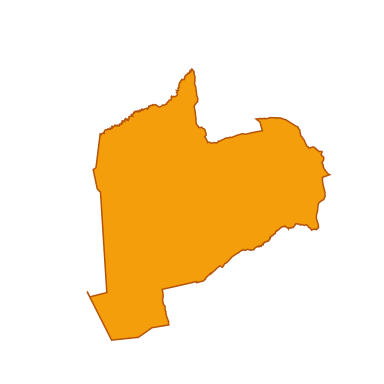 outline of Rosario de la Frontera, Salta, Argentina, rotated 157°
{"feature_id": "61730980B41964155809664", "entity_name": "Rosario de la Frontera", "entity_type": "district", "adm_level": 2, "iso_a3": "ARG", "parent_name": "Argentina", "parent_adm1": "Salta", "projection": "robinson", "projection_center": [-64.783, -25.907], "detail": "fine", "context": "isolated", "style": "filled", "palette": "amber", "viewbox_px": 384, "rotation_deg": 157, "n_neighbors": 0, "source": "geoboundaries", "source_scale": "gbopen_adm2", "svg_char_len": 6005}
<svg xmlns="http://www.w3.org/2000/svg" viewBox="0 0 384 384"><g transform="rotate(157 192 192)"><path d="M96.8,110.1L95.7,110.3L93.1,109.7L92.8,109.4L92.7,108.9L91.8,108.7L91.6,109.3L91.1,109.5L90.7,109.4L89.5,109.7L88.5,112.5L87.9,119.0L86.1,122.9L84.3,124.7L81.5,130.0L79.9,132.2L75.9,133.5L74.2,133.4L72.8,134.3L71.0,136.2L70.4,138.4L69.6,139.9L69.5,141.6L68.0,150.0L66.2,154.5L58.5,154.1L59.4,155.1L59.9,156.2L61.2,161.2L61.2,162.4L61.4,163.6L60.7,165.8L60.7,166.2L61.1,167.3L60.7,168.4L58.9,169.5L57.5,171.4L57.2,172.4L57.3,173.1L58.5,175.1L58.6,175.6L58.3,176.2L56.7,177.8L56.5,178.5L57.1,178.6L58.5,179.5L59.6,179.7L59.7,180.6L60.3,181.5L60.4,182.2L61.1,182.8L60.9,183.6L61.6,184.3L61.7,184.9L62.3,185.8L63.3,186.3L66.8,186.6L67.4,187.0L67.4,188.1L68.4,189.7L68.5,194.7L68.4,196.0L69.0,197.0L69.0,199.2L69.8,200.7L69.5,203.4L68.6,207.2L69.1,208.2L69.2,209.0L69.0,209.9L69.2,210.7L70.6,212.0L77.5,222.0L79.7,223.6L80.1,224.2L82.1,225.9L85.1,226.9L85.0,227.2L91.2,230.0L91.4,229.8L96.3,230.8L96.4,231.5L99.8,232.2L99.8,232.8L104.5,234.1L102.1,229.9L103.3,220.9L113.3,223.1L120.3,224.3L122.4,225.8L123.2,226.1L124.4,226.1L128.2,226.6L134.1,226.7L135.9,227.7L137.3,227.4L139.1,228.4L146.2,228.0L148.0,228.5L148.5,227.9L149.9,227.5L150.9,227.8L152.7,229.0L154.4,229.1L155.4,229.7L156.7,231.2L158.3,231.5L158.1,232.0L158.1,233.8L158.6,238.1L157.5,238.3L156.8,238.7L156.2,240.5L155.8,244.7L157.2,246.4L157.9,248.0L159.0,247.9L160.5,248.7L160.6,250.1L161.4,252.5L161.1,254.6L159.5,258.4L158.4,262.8L157.8,264.2L157.1,267.9L156.5,270.1L153.3,272.3L152.4,272.7L151.6,272.8L150.2,275.8L149.9,279.2L149.0,281.8L147.5,287.7L147.4,290.5L147.0,291.4L146.1,292.7L145.7,294.1L145.2,294.7L144.3,296.7L144.1,298.1L144.1,300.3L143.1,301.4L143.8,304.7L144.3,305.3L144.7,305.0L144.3,304.5L144.4,304.2L144.9,303.9L146.1,304.4L146.0,303.8L146.4,303.1L147.0,303.7L147.9,303.1L148.2,302.8L148.1,302.3L148.6,302.4L149.2,302.9L149.5,302.6L149.9,302.5L150.1,302.1L151.4,302.2L151.9,301.8L152.3,301.8L152.6,301.4L153.5,301.1L153.9,300.2L154.9,299.3L155.2,298.5L155.8,298.5L156.2,298.9L157.5,299.6L158.1,298.9L158.7,298.9L159.0,298.3L159.7,298.0L159.9,297.6L160.9,297.4L161.2,296.8L161.9,296.1L162.2,295.3L162.6,295.0L162.7,293.9L162.9,293.4L163.6,293.2L163.9,292.8L164.3,293.0L164.7,291.0L165.3,290.9L166.4,291.4L165.9,290.3L166.3,290.0L167.4,289.7L167.1,289.0L167.1,288.1L167.5,287.4L167.8,287.0L169.1,286.5L171.0,286.5L171.5,287.2L172.7,287.2L173.4,288.2L173.8,287.9L174.3,287.0L174.4,286.0L175.3,285.0L177.1,285.4L177.4,285.0L177.8,285.0L178.9,284.2L179.5,284.3L179.8,283.9L180.1,283.9L181.3,282.7L181.7,283.1L183.6,282.6L184.2,283.2L185.2,283.6L186.7,282.8L188.8,283.0L189.4,283.4L190.6,285.4L191.1,285.8L191.1,286.1L191.3,286.5L192.2,287.1L194.0,287.0L194.3,287.7L194.9,287.3L195.7,287.7L196.9,287.9L197.1,287.5L197.3,287.4L198.2,287.4L198.4,287.6L198.7,286.8L200.0,286.6L199.9,285.9L200.8,285.8L201.3,286.8L204.0,286.9L205.0,286.5L205.4,286.7L205.2,287.2L205.6,287.8L205.8,287.5L206.4,287.6L206.6,287.4L206.8,286.8L207.0,286.9L207.0,287.2L207.6,287.2L207.9,287.5L208.1,286.7L208.9,286.8L209.1,286.5L209.8,287.8L210.3,287.6L210.4,287.2L211.2,287.3L211.1,288.0L212.3,288.0L212.3,288.3L212.7,288.6L213.5,287.8L214.3,288.0L214.3,287.4L214.8,287.6L214.9,287.2L216.0,286.7L217.6,287.0L217.8,286.4L217.2,286.1L217.3,285.6L217.1,285.1L217.6,285.4L218.9,285.5L219.7,285.9L220.6,285.2L220.8,285.5L221.2,284.5L222.2,284.0L222.1,283.5L222.6,282.9L222.9,283.7L223.3,283.3L223.8,283.5L223.9,284.0L223.6,284.7L223.8,284.9L224.1,284.6L224.5,285.5L224.9,285.1L225.5,285.0L226.1,283.5L226.3,283.9L227.1,284.1L228.2,284.7L228.3,284.4L228.8,284.0L228.5,283.2L229.6,282.4L229.7,282.6L229.5,283.4L230.0,283.3L230.6,281.8L232.0,282.8L232.4,282.6L232.9,281.4L233.2,281.3L233.4,281.7L234.0,282.2L234.8,281.9L234.9,282.7L236.1,282.6L236.7,282.9L236.8,283.3L236.6,283.5L236.8,283.7L237.7,282.9L239.7,282.4L239.9,282.6L239.6,282.9L239.5,283.2L240.0,283.4L240.0,283.7L240.3,283.5L240.6,282.7L240.6,281.9L241.4,282.0L242.0,282.4L241.9,281.9L242.4,281.5L242.6,281.6L242.5,282.1L242.6,282.3L243.7,282.0L243.9,282.5L244.5,282.3L245.1,283.0L245.9,282.6L247.8,283.0L248.3,282.7L249.1,282.0L249.3,281.5L249.7,281.2L249.8,280.2L250.1,280.2L250.5,281.0L252.4,280.9L253.1,280.4L253.2,281.1L253.8,281.4L270.9,251.9L274.2,251.2L278.0,231.8L276.3,227.6L309.7,132.7L327.0,135.4L327.3,140.7L327.5,140.7L323.9,87.1L298.2,79.2L281.9,82.7L265.2,78.7L264.9,80.5L264.2,81.7L264.0,87.6L263.7,88.5L263.5,90.5L262.7,92.1L262.9,93.3L262.8,94.1L262.1,95.7L262.2,96.3L261.5,97.2L262.2,99.6L261.4,103.5L261.1,104.5L259.8,106.4L258.7,108.7L257.4,114.0L222.9,107.8L223.1,106.7L216.3,105.7L213.4,106.7L213.6,107.2L206.8,109.9L206.9,109.2L195.5,113.2L193.3,110.8L189.7,113.4L187.7,113.3L180.3,116.7L174.8,117.8L172.3,118.0L170.2,118.8L168.6,118.6L167.5,119.1L166.2,117.6L165.5,117.4L163.7,117.7L162.6,117.1L161.7,116.1L161.1,116.0L160.5,115.3L159.5,115.4L158.0,114.7L157.2,114.9L156.2,115.7L154.1,116.2L153.4,116.0L152.8,116.2L152.3,115.7L151.8,116.1L151.5,115.5L150.6,115.9L150.6,115.3L149.8,115.3L149.5,115.0L149.1,115.6L148.6,115.6L147.4,116.5L147.0,115.8L146.6,116.5L145.6,116.8L145.1,117.5L144.7,117.3L144.2,117.6L143.1,117.0L142.3,117.1L141.8,117.4L141.4,117.0L140.7,117.1L140.3,117.6L139.2,117.7L138.8,118.4L138.1,118.6L137.9,118.9L138.0,120.0L137.6,120.2L137.2,119.8L136.5,120.4L135.9,120.2L134.7,120.4L133.1,121.2L132.7,121.0L132.2,121.4L131.7,121.2L130.9,122.0L130.8,122.6L129.9,123.1L129.4,122.9L129.2,123.2L128.9,123.0L128.2,123.5L127.0,123.2L125.7,124.2L124.6,124.2L124.0,124.6L123.0,124.8L122.1,124.4L120.5,124.5L120.2,124.0L119.6,124.3L119.4,123.7L119.0,123.4L118.8,122.4L118.3,122.0L118.1,121.6L117.6,121.4L117.6,120.5L117.3,120.9L116.8,120.8L116.4,121.0L115.7,120.7L115.3,120.2L114.8,120.1L114.4,120.4L112.7,119.8L112.3,120.2L110.5,120.8L109.6,121.9L108.6,122.1L108.0,121.9L107.5,121.3L105.9,120.7L105.3,119.3L103.2,118.9L101.8,117.4L99.5,117.2L98.5,115.3L98.5,114.1L97.9,113.2L97.3,112.7L96.8,110.1Z" fill="#f59e0b" stroke="#b45309" stroke-width="1.5"/></g></svg>